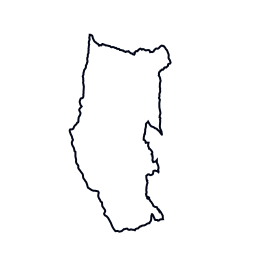 outline of La Uvita, Boyacá, Colombia, rotated 164°
{"feature_id": "7082276B58471710913685", "entity_name": "La Uvita", "entity_type": "district", "adm_level": 2, "iso_a3": "COL", "parent_name": "Colombia", "parent_adm1": "Boyacá", "projection": "equal_earth", "projection_center": [-72.564, 6.265], "detail": "fine", "context": "isolated", "style": "outline", "palette": "ink", "viewbox_px": 256, "rotation_deg": 164, "n_neighbors": 0, "source": "geoboundaries", "source_scale": "gbopen_adm2", "svg_char_len": 5801}
<svg xmlns="http://www.w3.org/2000/svg" viewBox="0 0 256 256"><g transform="rotate(164 128 128)"><path d="M186.8,103.5L186.6,102.1L186.0,100.8L185.3,98.7L184.4,96.6L184.3,95.1L184.7,93.1L184.7,91.9L184.5,91.3L184.1,90.5L183.7,88.9L183.1,87.5L182.9,85.0L183.0,83.0L182.9,81.7L179.9,78.2L178.6,77.3L176.6,76.6L174.5,75.5L174.2,75.2L174.0,74.6L174.0,73.7L174.7,72.6L175.4,70.7L175.3,68.2L174.8,67.1L174.6,65.1L173.9,64.0L173.5,63.7L174.1,60.8L174.2,59.7L172.8,55.8L172.7,55.1L172.9,54.2L174.6,52.2L174.6,51.4L174.3,50.5L172.8,48.9L172.4,48.1L171.8,46.7L170.7,41.8L170.2,37.4L169.7,35.3L168.9,33.2L168.5,32.3L166.3,31.9L165.0,30.8L164.5,30.7L162.5,30.6L159.8,31.9L159.4,31.7L157.5,31.7L156.4,31.4L155.9,30.4L155.2,29.9L154.3,29.6L153.2,29.8L151.6,28.9L150.6,28.6L149.9,28.0L149.5,27.8L148.5,28.8L147.2,28.9L145.9,28.7L144.9,29.4L144.5,29.6L144.1,29.6L143.3,30.1L142.4,29.9L141.8,30.2L141.0,30.2L139.1,29.9L137.4,30.2L136.1,30.7L135.1,30.8L133.7,30.6L133.4,31.2L132.5,31.7L131.6,32.5L130.9,33.8L129.8,37.0L129.6,37.4L129.1,37.5L128.8,38.6L128.7,38.6L128.4,38.4L128.0,37.1L127.4,32.8L127.2,32.1L125.0,31.4L124.7,31.1L124.6,30.6L123.7,30.6L122.5,31.2L121.4,31.1L119.5,30.7L119.5,31.4L118.8,33.9L118.8,34.3L119.7,38.1L120.6,40.3L121.0,39.6L121.2,40.7L121.9,41.7L121.8,42.5L122.1,43.5L122.1,43.9L124.2,45.0L124.6,45.6L125.1,46.1L125.2,47.8L126.1,50.7L126.6,51.4L126.8,52.7L127.2,53.4L127.1,54.8L126.9,55.3L127.2,55.6L127.4,54.8L127.7,54.3L128.7,54.7L128.9,55.3L128.6,56.6L129.1,57.7L129.0,58.2L128.9,59.6L128.5,59.7L128.3,60.4L127.9,60.8L127.7,61.5L127.8,62.4L127.1,64.6L126.8,65.3L126.7,65.3L126.6,65.9L125.3,68.6L124.4,69.8L124.3,70.7L124.4,71.5L124.0,71.9L123.9,72.1L124.2,73.0L124.3,73.0L124.3,73.3L124.1,75.0L123.6,77.0L122.0,77.6L121.9,77.8L121.3,77.9L120.3,77.4L120.2,77.1L119.7,76.6L118.9,76.4L117.4,76.6L116.7,77.0L116.6,77.3L116.0,78.3L115.6,79.5L114.9,79.7L113.7,79.6L111.5,78.1L110.9,77.2L110.7,77.5L110.5,79.8L109.9,80.5L109.5,81.7L109.4,83.6L109.8,87.0L109.1,89.2L110.6,88.2L110.9,88.1L112.1,88.3L113.1,88.2L113.3,88.7L113.1,89.2L113.4,90.0L113.4,90.3L112.4,92.7L112.4,94.1L112.1,94.2L112.0,95.6L112.6,96.0L112.6,96.5L111.7,97.0L111.3,98.0L111.6,99.4L112.6,101.6L112.8,101.9L113.5,102.3L113.3,103.8L113.6,104.5L113.6,105.2L113.0,106.9L112.6,107.7L112.3,108.2L113.9,108.8L115.0,108.8L115.1,109.1L114.8,109.7L114.9,110.6L115.3,111.6L116.2,112.4L115.3,114.9L114.9,115.7L114.5,116.2L114.1,117.4L113.3,117.7L113.3,118.3L113.0,118.6L112.8,119.4L112.4,119.9L112.0,121.6L110.4,124.4L109.7,126.8L108.5,127.8L107.6,128.0L106.9,128.6L106.1,125.2L105.4,123.6L105.2,123.2L103.2,121.8L102.8,121.3L102.2,120.4L101.7,120.2L100.5,119.1L100.2,118.2L99.0,116.6L97.4,112.4L97.2,112.4L96.8,115.3L97.0,117.2L97.2,117.9L97.2,119.2L97.0,120.7L95.1,125.8L94.9,127.3L94.2,128.3L94.3,129.4L94.7,129.6L94.6,129.8L94.1,131.1L93.2,132.4L92.7,133.5L92.5,134.9L92.3,137.7L92.1,139.4L91.0,143.4L89.6,146.3L89.6,147.0L90.0,148.0L90.0,148.3L89.1,149.5L88.6,151.6L88.2,152.5L87.3,153.6L87.0,154.2L86.5,156.4L86.1,157.4L86.3,158.0L86.0,158.7L86.0,159.4L85.4,160.7L85.1,162.0L83.7,164.2L83.4,167.7L83.7,169.2L84.0,170.0L83.4,170.9L83.3,171.9L82.7,173.0L81.7,173.4L80.9,174.3L80.1,174.2L79.3,174.8L78.3,174.4L77.7,174.9L77.0,175.2L76.6,175.9L76.1,176.1L75.2,176.0L74.8,175.6L74.3,175.8L72.4,176.8L72.1,177.8L71.7,178.3L70.9,178.4L70.0,178.3L69.6,178.5L69.0,179.3L69.1,181.5L69.2,182.1L69.7,183.3L69.7,184.0L69.6,184.6L68.8,186.7L68.7,187.3L68.7,187.8L69.1,192.0L69.8,193.3L70.3,195.3L71.1,196.9L71.4,196.8L72.6,197.8L73.3,197.9L75.0,197.2L76.0,196.5L76.9,196.1L77.8,196.1L78.6,196.5L79.6,196.6L80.6,195.9L81.5,195.5L82.3,194.5L83.9,194.3L84.8,194.8L85.8,194.8L85.9,195.3L85.9,196.5L86.3,197.0L86.9,197.3L88.2,197.6L89.3,197.6L89.7,197.7L91.1,199.3L91.9,199.8L92.8,199.5L93.2,199.5L93.7,200.5L94.3,200.9L95.8,200.5L96.5,200.0L97.1,199.9L97.7,199.2L98.5,199.4L98.9,199.7L99.8,199.3L100.4,198.8L101.0,198.7L100.9,197.9L101.0,197.6L101.3,197.2L101.9,196.8L102.3,197.2L103.0,197.5L103.6,198.5L104.5,198.9L105.9,200.7L106.1,201.4L106.3,201.7L107.5,201.7L108.5,202.0L109.2,201.7L109.5,201.8L110.0,202.4L110.7,202.8L111.1,203.7L111.9,203.9L112.3,204.4L114.4,205.3L114.6,206.1L114.9,206.5L115.4,206.7L115.9,206.7L116.4,207.1L116.9,207.3L117.4,208.3L118.2,208.4L119.4,209.6L120.2,210.0L121.7,210.2L122.2,210.7L122.6,211.5L126.0,213.4L126.8,213.6L127.5,214.5L128.4,214.9L129.1,215.7L129.5,215.8L129.7,215.7L130.8,214.8L131.3,215.0L132.1,215.5L132.6,215.1L133.1,215.1L133.7,217.1L134.0,217.4L134.9,218.2L135.4,219.3L136.1,220.0L136.5,220.9L137.0,223.8L136.9,225.9L137.0,226.6L137.9,227.6L138.5,228.0L139.1,228.2L139.7,226.5L140.4,225.4L140.4,223.9L141.0,222.8L141.6,222.1L141.9,221.5L142.3,220.3L142.3,218.9L143.0,217.8L143.6,216.1L144.1,215.2L144.3,213.8L144.8,212.9L145.3,210.9L146.3,209.8L147.1,207.4L148.0,206.4L148.7,202.7L149.3,202.2L149.9,201.0L151.3,199.6L151.6,198.3L152.1,197.4L154.1,195.8L155.2,193.8L155.7,193.1L155.9,192.1L156.3,191.3L156.7,190.8L157.3,190.2L157.3,188.1L157.7,187.1L157.9,185.7L158.7,183.9L158.8,181.7L159.0,181.1L158.9,180.4L159.3,179.2L160.7,175.3L161.2,173.5L161.8,172.4L161.9,171.3L162.6,170.0L163.3,169.4L163.9,169.3L164.8,169.5L165.5,169.2L167.0,167.1L167.3,166.1L167.3,163.3L166.6,161.5L168.8,160.1L169.4,159.6L169.8,159.1L170.0,158.4L169.5,155.8L169.8,154.8L170.9,153.2L171.8,152.6L172.5,151.7L173.4,149.6L173.8,148.1L174.4,147.2L175.4,147.1L176.8,145.7L178.1,145.2L179.3,144.3L180.8,142.4L182.2,142.1L183.9,142.6L184.6,142.0L184.8,141.4L184.9,140.2L184.8,138.2L184.4,136.0L184.3,135.0L184.4,133.6L184.2,132.1L184.2,131.7L185.3,130.6L186.0,129.6L186.3,128.0L186.2,126.5L185.6,124.2L185.6,122.0L185.8,120.6L185.1,119.4L185.4,118.7L185.7,117.4L186.2,116.0L186.5,114.1L186.5,112.4L186.8,111.2L187.3,109.9L187.2,108.0L186.2,105.8L186.3,104.9L186.8,103.5Z" fill="none" stroke="#020617" stroke-width="2"/></g></svg>